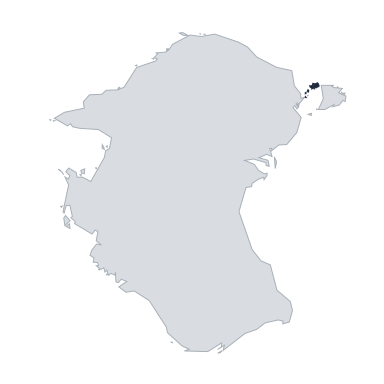 Flinders (Tas.), Tasmania, Australia (highlighted), rotated 274°
{"feature_id": "25037944B15550630319657", "entity_name": "Flinders (Tas.)", "entity_type": "district", "adm_level": 2, "iso_a3": "AUS", "parent_name": "Australia", "parent_adm1": "Tasmania", "projection": "orthographic", "projection_center": [148.029, -39.899], "detail": "fine", "context": "in_parent", "style": "filled", "palette": "slate", "viewbox_px": 384, "rotation_deg": 274, "n_neighbors": 0, "source": "geoboundaries", "source_scale": "gbopen_adm2", "svg_char_len": 7186}
<svg xmlns="http://www.w3.org/2000/svg" viewBox="0 0 384 384"><g transform="rotate(274 192 192)"><path d="M262.6,59.2L268.1,78.6L274.5,77.3L281.8,83.0L283.2,95.2L287.5,99.4L288.7,110.9L291.8,116.9L312.4,128.1L320.3,146.9L322.6,147.9L323.1,144.6L327.4,148.1L328.2,146.5L329.8,156.1L332.4,159.1L338.0,162.3L348.5,179.2L347.7,190.2L351.1,203.7L344.6,228.3L340.5,237.3L331.1,247.3L322.3,267.6L320.0,283.1L305.0,286.7L297.7,293.5L293.1,294.1L294.5,297.9L287.2,292.5L288.2,291.2L287.7,289.8L286.4,289.8L284.1,292.3L282.3,290.9L285.1,288.5L283.4,286.8L274.0,295.7L258.6,292.4L246.0,283.2L244.9,275.2L238.7,268.5L241.1,268.6L240.9,266.4L232.9,269.4L234.8,263.8L230.9,256.4L228.9,265.6L223.0,267.2L223.6,264.1L226.4,263.8L229.2,251.2L227.2,242.2L224.0,252.2L218.4,256.6L215.1,262.9L216.0,265.7L213.6,265.7L209.3,263.0L211.7,262.6L209.3,257.2L204.8,251.4L201.5,251.1L200.3,245.6L175.7,240.2L138.6,256.1L128.1,265.7L124.8,275.2L100.0,283.6L89.6,297.7L80.7,300.5L69.0,298.1L66.8,291.7L69.5,291.8L70.4,287.1L66.6,274.2L59.5,266.1L54.5,254.6L36.2,234.2L41.4,235.0L36.7,228.5L39.7,232.2L43.5,232.1L33.9,218.8L32.9,195.5L34.9,200.2L37.7,192.9L50.0,177.3L55.3,175.9L80.7,156.9L89.3,141.1L87.4,133.1L92.3,125.6L98.2,133.2L100.0,127.5L96.5,124.8L97.1,122.4L106.7,121.2L103.6,121.1L105.2,117.0L103.1,114.4L108.1,112.6L106.0,110.8L110.2,109.3L108.4,106.4L111.7,101.6L112.2,103.8L115.1,102.7L115.0,98.4L119.4,98.8L121.8,94.7L126.7,96.0L133.4,100.4L132.8,105.4L136.6,99.9L145.8,100.9L147.3,98.0L143.1,95.2L152.3,77.0L154.5,77.6L157.9,73.0L159.2,74.4L170.2,71.1L169.6,67.4L162.0,65.9L163.2,64.7L190.4,68.4L198.1,64.3L196.3,67.7L199.7,69.0L203.5,64.7L207.3,67.4L203.4,75.1L198.7,76.4L199.2,81.5L195.4,90.3L220.4,102.2L227.2,103.0L229.4,106.5L240.5,108.0L247.8,94.2L247.7,75.3L248.8,68.2L251.6,66.3L249.3,63.3L255.9,49.5L262.6,59.2ZM283.1,312.3L294.3,316.5L307.4,313.5L308.3,326.0L307.4,323.8L306.1,326.4L305.8,334.7L301.2,331.3L298.4,338.9L292.9,338.4L294.0,336.3L289.0,332.8L286.9,326.5L289.1,327.5L283.6,318.9L283.1,312.3ZM149.6,67.5L157.2,65.9L159.7,67.5L154.9,72.4L149.6,67.5ZM221.2,273.4L232.7,271.7L228.0,274.3L221.2,273.4ZM205.8,79.6L207.6,83.4L202.7,83.3L203.3,80.4L205.8,79.6ZM347.9,177.2L347.7,172.3L349.7,168.3L350.4,171.3L347.9,177.2ZM304.3,304.5L308.0,305.5L308.1,307.3L304.3,304.5ZM148.9,68.8L151.8,72.1L147.0,72.8L148.9,68.8ZM278.8,305.8L276.6,305.5L277.6,302.5L278.8,305.8ZM233.0,99.2L230.7,100.7L228.4,101.6L229.4,99.2L233.0,99.2ZM35.9,233.2L33.8,231.5L33.1,229.5L33.3,229.3L35.9,233.2ZM307.3,309.0L308.7,310.2L306.0,309.2L307.3,309.0ZM331.4,156.8L333.2,156.9L333.1,159.0L331.4,156.8ZM289.3,110.7L291.4,111.9L291.0,112.7L289.3,110.7ZM301.1,335.8L301.3,337.8L300.0,337.2L301.1,335.8ZM350.2,192.2L350.2,194.9L350.2,192.2ZM169.0,63.6L167.6,62.8L168.4,62.1L169.0,63.6ZM205.0,58.3L203.2,60.5L205.3,56.8L205.0,58.3ZM350.6,188.9L349.7,189.8L350.3,188.8L350.6,188.9ZM209.7,94.6L208.7,95.1L209.2,94.1L209.7,94.6ZM202.0,80.0L200.7,80.3L201.4,79.0L202.0,80.0ZM40.8,181.1L40.8,182.9L40.3,183.0L40.8,181.1ZM253.5,48.8L253.5,50.1L253.0,49.2L253.5,48.8ZM286.4,290.5L286.7,291.5L286.3,291.2L286.4,290.5ZM202.8,61.1L200.3,62.8L202.8,60.8L202.8,61.1ZM108.3,104.3L107.6,105.5L108.0,104.3L108.3,104.3ZM301.9,334.3L301.2,334.7L301.6,334.0L301.9,334.3ZM232.1,104.2L230.7,104.3L231.4,103.4L232.1,104.2ZM104.3,112.9L103.7,113.6L103.5,112.4L104.3,112.9ZM307.1,330.0L306.1,330.6L306.4,329.5L307.1,330.0ZM254.4,45.1L254.2,46.0L253.5,45.6L254.4,45.1ZM285.9,291.8L286.9,292.7L285.3,292.5L285.9,291.8ZM314.9,128.0L314.0,128.1L314.3,126.9L314.9,128.0ZM322.3,144.4L321.8,144.4L322.2,143.5L322.3,144.4ZM283.5,310.7L283.2,311.5L282.9,310.6L283.5,310.7Z" fill="#d9dde1" stroke="#a8b0b8" stroke-width="1"/><path d="M304.3,304.5L304.1,304.5L304.5,304.8L304.8,304.7L305.0,304.8L305.2,305.2L305.3,305.5L305.2,305.7L305.1,305.8L304.9,305.9L305.0,305.9L305.2,306.0L305.3,306.0L305.5,306.0L305.6,306.6L305.6,306.4L305.7,306.5L305.8,306.5L306.0,306.6L306.1,306.9L306.0,307.2L306.2,307.6L306.1,307.8L306.2,308.0L306.3,308.0L306.5,308.1L306.8,308.2L307.0,308.1L307.3,307.7L307.6,307.6L307.8,307.7L307.8,307.8L308.3,307.6L308.1,307.3L307.9,306.4L307.9,306.7L307.6,306.9L307.6,306.6L307.8,306.5L307.9,306.4L307.9,305.8L308.0,305.4L307.8,305.4L307.4,305.2L307.2,305.2L306.8,304.7L306.7,304.7L306.8,304.7L305.8,303.5L305.6,303.2L305.7,303.3L305.9,303.6L305.7,303.5L305.6,303.3L305.6,303.2L305.4,303.3L305.2,303.4L305.1,303.5L304.9,303.4L304.9,303.5L305.0,303.6L305.0,303.8L304.8,303.9L304.9,304.0L304.7,304.1L304.5,304.3L304.3,304.3L304.3,304.5ZM306.0,309.5L306.3,309.8L306.5,309.9L306.8,309.7L306.9,309.8L307.0,309.8L306.9,309.8L307.1,309.8L307.3,309.7L307.4,309.9L307.5,310.0L307.8,309.7L308.0,309.7L308.3,310.0L308.6,310.1L308.8,309.9L308.9,310.0L309.0,309.8L308.9,309.8L309.0,309.7L309.2,309.8L309.3,309.7L309.2,309.6L309.1,309.4L309.1,309.1L308.9,309.1L308.7,309.0L308.5,308.8L308.5,308.7L308.2,308.4L308.1,308.5L307.9,308.6L307.8,308.8L307.6,308.7L307.4,308.6L307.4,308.8L307.3,309.0L307.3,308.9L307.2,308.8L306.9,308.8L306.5,308.9L306.3,309.0L306.2,309.0L305.9,309.1L305.9,309.3L305.8,309.5L306.0,309.5ZM306.7,310.4L306.6,310.6L306.8,310.6L306.7,310.7L306.8,310.7L306.7,310.9L306.8,310.9L307.0,310.9L307.2,311.1L307.3,311.1L307.6,310.6L307.5,310.4L307.6,310.2L307.4,310.3L307.2,310.2L306.8,310.3L306.7,310.4ZM301.1,300.9L301.1,301.1L301.3,301.1L301.4,300.9L301.3,300.7L301.2,300.6L301.0,300.8L301.0,301.0L301.0,300.9L301.1,300.9ZM304.8,308.4L304.8,308.5L305.0,308.6L305.3,308.6L305.3,308.4L305.2,308.4L305.2,308.5L305.0,308.4L304.9,308.4L304.8,308.4ZM304.4,305.9L304.2,306.2L304.1,306.3L304.0,306.5L304.3,306.4L304.2,306.3L304.3,306.1L304.4,305.9ZM308.0,308.0L307.9,308.3L308.1,308.4L308.1,308.1L308.0,308.0ZM305.1,302.8L305.2,303.0L305.3,302.9L305.3,303.0L305.5,302.9L305.4,302.8L305.2,302.7L305.1,302.8ZM300.8,300.8L300.7,300.9L300.8,300.9L301.0,300.8L300.9,300.7L301.0,300.7L300.9,300.6L301.0,300.5L300.9,300.5L300.9,300.8L300.7,300.8L300.8,300.8ZM305.7,302.5L305.9,302.6L306.0,302.4L305.9,302.4L305.8,302.5L305.7,302.5ZM308.1,305.2L308.2,305.3L308.3,305.3L308.4,305.2L308.2,305.1L308.1,305.2ZM307.6,308.0L307.8,308.0L307.7,307.9L307.6,308.0L307.6,308.0ZM305.3,308.2L305.4,308.3L305.5,308.2L305.3,308.1L305.3,308.2ZM306.1,308.9L305.9,309.0L306.0,309.0L306.1,308.9ZM308.3,310.3L308.3,310.2L308.2,310.3L308.3,310.3L308.3,310.5L308.3,310.3ZM298.7,298.4L298.6,298.6L298.8,298.6L298.7,298.5L298.8,298.5L298.7,298.4ZM306.4,310.1L306.5,310.2L306.4,310.0L306.4,310.1ZM306.9,308.4L307.1,308.4L306.9,308.3L306.9,308.4ZM308.1,310.3L308.0,310.5L308.1,310.3ZM306.7,308.4L306.6,308.5L306.7,308.4L306.7,308.4ZM305.3,307.3L305.2,307.3L305.2,307.5L305.2,307.4L305.3,307.4L305.3,307.3ZM296.3,300.9L296.3,301.0L296.4,300.8L296.3,300.9ZM305.7,307.5L305.8,307.4L305.7,307.3L305.8,307.4L305.7,307.5ZM304.5,308.4L304.4,308.4L304.5,308.4L304.5,308.6L304.5,308.4ZM294.4,298.7L294.4,298.8L294.5,298.7L294.4,298.7ZM307.6,307.8L307.8,307.8L307.7,307.7L307.6,307.8ZM308.5,305.2L308.4,305.2L308.5,305.3L308.5,305.2ZM304.4,305.0L304.4,304.9L304.3,305.0L304.4,305.0ZM298.8,298.4L298.8,298.5L298.8,298.4L298.8,298.4ZM304.3,305.2L304.3,305.3L304.3,305.2ZM299.7,301.3L299.8,301.3L299.7,301.3L299.7,301.3Z" fill="#64748b" stroke="#1e293b" stroke-width="1.5"/></g></svg>